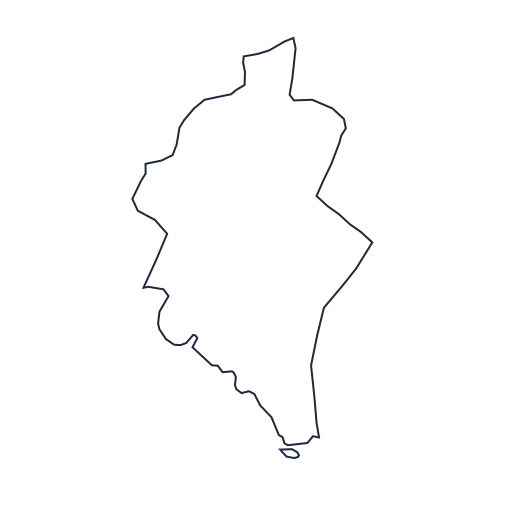 Chongdan, Hwanghae-namdo, North Korea, rotated 348°
{"feature_id": "82179303B18505219089610", "entity_name": "Chongdan", "entity_type": "district", "adm_level": 2, "iso_a3": "PRK", "parent_name": "North Korea", "parent_adm1": "Hwanghae-namdo", "projection": "albers", "projection_center": [125.906, 38.001], "detail": "fine", "context": "isolated", "style": "outline", "palette": "slate", "viewbox_px": 512, "rotation_deg": 348, "n_neighbors": 0, "source": "geoboundaries", "source_scale": "gbopen_adm2", "svg_char_len": 1374}
<svg xmlns="http://www.w3.org/2000/svg" viewBox="0 0 512 512"><g transform="rotate(348 256 256)"><path d="M337.9,50.5L328.6,52.1L311.4,57.7L299.3,58.7L285.5,58.2L283.6,64.1L283.5,73.6L280.4,86.3L271.3,89.4L265.3,92.6L250.2,92.5L238.1,92.5L226.0,98.8L213.9,108.2L207.8,114.6L201.6,130.4L195.5,139.9L183.4,143.0L167.1,142.9L165.2,152.4L159.1,158.7L146.9,174.5L149.8,187.2L164.8,199.9L173.7,215.8L158.4,237.9L139.4,263.6L139.8,263.6L144.8,263.9L158.6,269.4L162.1,277.0L150.0,290.4L146.2,301.7L146.3,307.6L150.6,318.5L157.4,325.7L163.5,327.5L169.7,326.6L178.2,320.1L180.3,321.2L181.5,324.2L174.9,332.1L190.2,353.8L195.8,355.3L199.1,362.7L208.4,363.8L209.3,364.7L210.0,365.4L211.2,370.3L208.6,377.6L209.0,382.1L213.4,387.1L221.0,386.8L225.7,390.7L229.1,403.2L237.6,416.9L241.1,435.9L244.3,438.7L244.9,445.2L247.8,447.7L267.4,449.6L274.2,444.1L279.9,446.6L280.6,431.4L283.8,406.1L287.1,374.5L299.5,346.0L311.7,320.7L323.9,311.2L336.1,301.7L351.3,289.1L363.5,276.4L372.6,266.9L363.6,254.3L354.6,244.7L345.6,232.1L336.7,222.5L327.7,209.9L336.8,197.2L349.0,181.4L355.1,171.9L361.2,162.4L364.3,156.1L370.4,149.8L370.5,140.3L361.5,127.6L343.5,114.9L325.4,111.7L322.4,105.3L328.6,89.5L334.8,70.5L337.9,61.0L337.9,50.5ZM255.2,461.4L256.6,459.8L255.4,456.3L250.9,452.4L239.4,450.4L240.7,452.9L244.3,458.6L251.2,461.5L255.2,461.4Z" fill="none" stroke="#1e293b" stroke-width="2"/></g></svg>